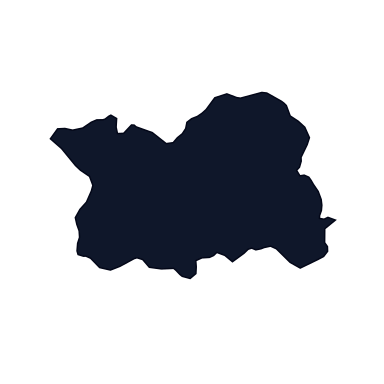 an SVG outline of Manisa, rotated 333°
{"feature_id": "TUR-2277", "entity_name": "Manisa", "entity_type": "Province", "adm_level": 1, "iso_a3": "TUR", "parent_name": "Turkey", "parent_adm1": "", "projection": "natural_earth1", "projection_center": [28.179, 38.758], "detail": "fine", "context": "isolated", "style": "filled", "palette": "ink", "viewbox_px": 384, "rotation_deg": 333, "n_neighbors": 0, "source": "natural_earth", "source_scale": "10m", "svg_char_len": 1556}
<svg xmlns="http://www.w3.org/2000/svg" viewBox="0 0 384 384"><g transform="rotate(333 192 192)"><path d="M267.6,120.4L274.7,128.2L277.8,130.4L299.4,135.0L303.6,137.8L312.9,151.8L314.3,154.7L315.3,157.8L314.0,168.8L318.8,177.2L321.9,185.5L321.3,196.9L316.1,202.1L304.9,210.6L303.3,214.1L299.0,218.7L295.0,220.2L295.5,226.6L299.6,227.9L302.8,231.8L303.4,235.8L303.6,240.1L304.7,248.8L303.7,257.3L301.7,262.7L298.9,267.2L295.0,270.9L293.6,273.4L297.3,276.2L301.6,276.3L307.0,282.1L293.6,285.0L287.2,297.3L287.9,302.1L285.9,306.4L280.0,309.2L273.5,309.3L253.9,308.9L247.5,299.3L241.4,280.9L237.4,275.9L231.0,274.2L227.7,273.9L222.6,272.5L219.7,269.1L216.0,268.5L210.5,270.2L196.4,272.5L192.5,263.4L186.7,257.1L182.4,258.4L177.9,258.2L171.0,255.2L164.2,254.9L161.8,260.6L158.4,266.5L151.1,268.2L145.0,262.7L143.8,260.0L142.1,254.3L141.0,251.7L129.8,246.6L119.8,239.7L117.4,229.8L113.1,225.6L110.1,225.1L94.0,225.5L83.9,224.5L75.4,217.4L71.6,205.0L68.3,200.9L66.1,199.9L62.1,196.0L62.8,192.3L66.8,185.8L71.2,181.4L73.8,175.4L74.7,168.5L76.4,161.9L84.3,156.6L93.4,153.1L102.7,145.5L106.7,141.1L107.8,131.6L102.5,122.0L100.2,115.5L95.5,94.0L90.0,80.3L100.9,74.7L107.6,77.7L113.7,82.7L123.7,85.4L133.9,84.1L139.8,84.5L145.4,87.2L147.7,87.6L152.3,86.7L154.6,86.7L158.2,92.3L153.8,99.8L152.1,106.1L157.7,108.7L168.5,104.8L170.8,106.1L171.8,108.6L183.6,121.1L191.0,137.2L197.6,139.5L203.6,137.0L209.8,135.7L215.2,132.6L219.1,127.6L224.9,126.5L231.1,127.1L236.6,126.4L241.9,125.0L255.1,118.4L267.6,120.4Z" fill="#0f172a" stroke="#020617" stroke-width="1.5"/></g></svg>